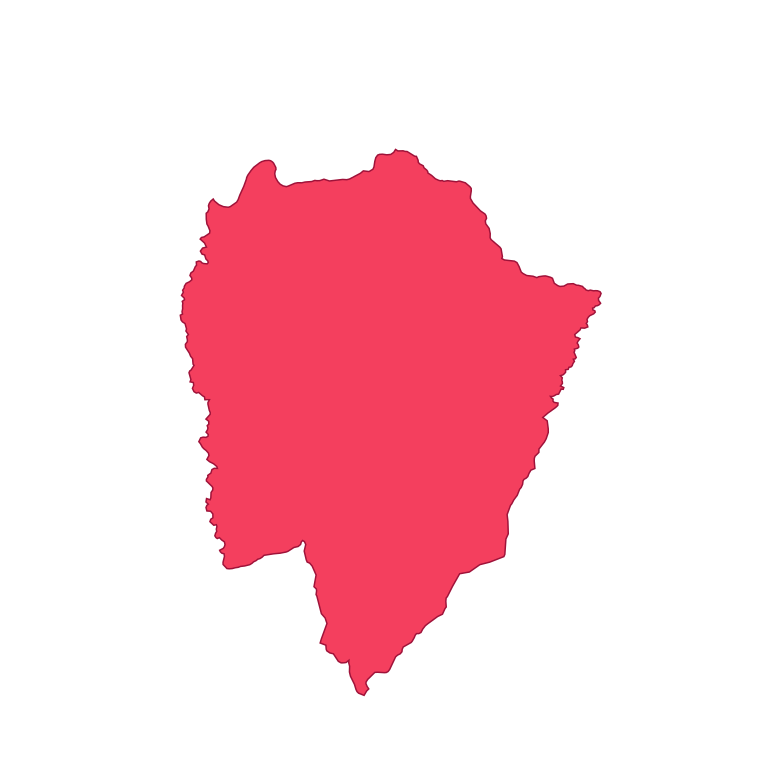 outline of Paranaíba, Mato Grosso do Sul, Brazil, rotated 238°
{"feature_id": "56859067B8941554822277", "entity_name": "Paranaíba", "entity_type": "district", "adm_level": 2, "iso_a3": "BRA", "parent_name": "Brazil", "parent_adm1": "Mato Grosso do Sul", "projection": "albers", "projection_center": [-51.392, -19.551], "detail": "fine", "context": "isolated", "style": "filled", "palette": "rose", "viewbox_px": 768, "rotation_deg": 238, "n_neighbors": 0, "source": "geoboundaries", "source_scale": "gbopen_adm2", "svg_char_len": 6171}
<svg xmlns="http://www.w3.org/2000/svg" viewBox="0 0 768 768"><g transform="rotate(238 384 384)"><path d="M631.4,337.2L630.9,333.9L629.7,331.4L628.2,329.6L625.2,328.4L623.3,325.7L623.0,323.7L617.9,320.6L613.5,318.6L611.1,318.5L606.2,317.6L604.3,316.0L604.1,309.4L605.0,306.8L604.3,304.9L598.7,306.5L594.2,306.0L595.4,302.2L594.0,298.7L590.6,298.5L588.5,300.3L584.4,299.2L581.7,299.8L580.1,299.3L579.6,297.7L581.8,294.8L583.4,293.7L585.1,293.5L586.4,292.2L587.0,289.5L584.0,287.9L583.6,286.3L580.8,282.2L580.5,279.0L578.8,276.9L575.8,277.1L574.2,276.2L573.8,273.3L574.2,269.5L572.7,266.5L571.3,265.4L570.2,262.9L568.2,262.5L566.4,259.2L562.7,260.1L561.2,259.5L561.0,256.7L559.1,256.2L557.4,254.8L554.5,253.1L552.3,251.0L550.1,250.2L550.3,247.7L545.8,245.8L543.5,246.0L540.7,247.3L535.3,245.7L533.9,244.1L529.6,244.3L528.8,241.8L525.5,240.6L524.1,239.6L522.9,236.6L520.4,235.2L513.3,235.3L510.0,234.7L506.9,235.1L502.0,232.6L500.5,232.8L498.1,227.8L498.0,226.1L496.9,224.6L490.1,222.6L488.6,220.7L486.3,223.1L483.7,221.9L481.8,219.2L478.2,218.8L475.8,220.0L475.0,222.4L470.1,223.9L468.2,224.9L465.6,223.8L463.2,227.7L461.6,224.9L460.2,224.0L454.3,221.9L451.8,221.5L450.4,220.5L448.6,214.4L445.3,215.6L442.8,214.1L442.4,212.0L440.0,211.4L438.6,209.9L437.5,207.6L434.3,208.2L433.0,207.1L433.0,204.9L434.8,202.4L435.5,200.0L433.2,196.4L430.7,196.7L426.7,196.5L424.6,196.9L421.9,197.9L418.4,198.5L416.1,197.6L413.9,193.8L410.5,194.9L406.7,197.2L402.6,198.5L400.7,198.0L402.5,195.3L402.6,192.7L400.2,190.0L399.9,186.1L398.5,185.5L397.3,182.9L395.9,182.0L388.2,183.9L386.5,183.8L384.8,182.5L383.7,179.9L379.2,176.8L378.0,175.2L380.9,172.8L378.3,170.5L375.2,171.3L374.9,169.4L373.6,167.6L370.2,166.5L368.0,169.5L364.5,170.0L361.2,168.0L361.1,165.4L359.5,163.4L354.4,164.8L353.5,167.3L351.7,166.8L349.8,164.9L347.6,164.0L346.7,162.1L344.9,160.1L342.9,160.1L341.3,160.7L340.9,163.0L337.7,163.7L334.7,165.0L332.1,164.1L330.6,162.4L329.8,160.6L330.1,156.5L328.5,156.3L326.5,156.8L324.7,158.4L322.3,157.3L318.1,153.0L316.2,151.9L310.7,153.0L309.3,154.8L307.9,157.5L307.0,160.5L305.8,163.2L305.3,165.7L303.5,169.5L301.9,174.4L301.9,177.1L302.3,179.2L302.0,181.9L302.3,184.1L301.7,186.2L301.7,188.7L302.3,191.5L298.5,200.4L295.5,206.4L293.4,211.9L293.0,213.9L293.1,221.0L291.7,225.1L292.1,228.2L293.9,230.2L294.4,232.1L292.5,233.0L289.4,232.6L284.6,227.8L276.1,224.9L273.7,224.5L271.4,226.1L267.6,226.6L258.0,225.2L249.2,217.2L246.1,218.0L244.4,217.3L241.4,214.8L239.8,214.7L222.4,209.2L216.8,210.1L211.1,208.7L201.0,195.8L198.2,192.6L193.3,196.3L189.6,194.4L188.0,194.1L184.6,195.6L182.0,198.1L173.0,198.3L170.3,199.8L168.9,202.1L167.9,204.3L168.3,207.8L166.4,206.4L162.9,205.3L158.1,202.1L153.9,200.7L145.0,199.8L139.9,198.4L137.5,198.1L135.3,198.6L130.5,202.1L132.9,206.7L133.5,209.5L136.4,209.4L139.5,209.9L140.8,210.9L142.1,213.6L144.3,223.4L142.9,225.9L138.9,231.5L138.1,233.1L138.0,235.1L138.9,237.5L146.5,249.3L146.9,251.8L146.6,254.8L147.4,257.3L149.4,258.9L150.8,261.0L150.4,270.1L151.0,271.8L152.9,275.3L154.4,277.3L155.1,279.3L153.9,281.2L153.7,283.7L155.6,286.9L157.1,290.9L157.5,294.0L158.4,306.3L157.8,311.6L161.2,316.7L161.9,318.6L167.0,321.3L169.6,323.3L170.1,325.0L176.1,334.9L183.0,347.6L179.3,356.8L180.0,369.6L176.9,379.3L174.1,394.2L175.5,396.2L187.9,405.2L191.1,410.0L201.9,416.3L208.0,419.2L214.0,426.9L214.7,428.9L216.9,432.6L219.0,438.0L222.9,443.3L223.5,445.4L224.5,446.9L225.5,448.4L228.2,450.6L229.0,452.3L228.8,454.5L229.3,456.9L231.3,459.5L233.1,462.9L232.4,467.2L239.1,470.6L241.3,472.1L242.7,473.8L243.9,479.1L246.7,480.9L249.8,489.3L251.6,492.5L255.8,497.6L258.9,499.5L266.3,502.9L271.5,500.9L272.5,507.6L273.1,517.0L273.7,520.0L275.6,521.5L278.2,518.6L279.9,518.2L281.6,519.4L283.2,518.6L285.3,518.6L284.2,520.1L283.8,522.2L283.8,524.5L282.9,526.7L285.8,531.5L284.5,533.2L285.7,534.6L288.8,532.6L289.9,535.6L291.6,536.5L293.0,536.8L294.8,538.5L297.6,538.0L296.9,540.5L297.2,542.6L297.8,544.3L299.9,545.5L298.8,548.0L300.2,549.7L299.4,551.5L299.8,553.3L301.2,555.0L302.3,557.5L304.7,557.7L304.0,559.4L304.6,561.1L310.3,562.0L311.1,563.4L312.7,563.9L311.7,567.2L312.1,568.8L314.2,569.5L316.4,569.5L317.4,571.0L318.5,574.2L320.7,572.9L322.4,571.2L324.9,572.0L326.0,579.0L327.2,580.7L325.0,583.8L324.4,587.1L326.2,587.7L328.2,587.6L329.0,589.6L331.2,590.4L332.3,592.4L332.9,594.6L332.4,599.0L333.0,601.2L334.4,601.6L336.2,600.4L337.8,601.1L337.4,602.6L338.1,604.6L337.3,606.7L337.2,608.7L337.7,610.5L341.2,610.3L343.2,611.4L343.8,613.5L345.8,616.1L347.8,616.1L349.9,614.5L351.1,612.8L351.9,611.2L354.3,608.7L354.9,606.7L356.6,605.2L358.4,604.9L360.0,604.2L361.5,604.1L364.6,601.3L365.7,599.7L368.8,597.7L371.5,592.7L371.7,588.4L373.5,584.9L375.3,583.5L379.2,581.8L384.4,582.9L386.1,581.9L388.9,579.4L390.1,578.2L391.2,576.2L393.0,572.1L393.2,570.0L396.4,567.5L400.4,562.5L404.1,560.4L406.2,559.7L412.1,560.8L416.5,561.1L419.1,559.7L425.4,551.8L428.0,550.4L429.2,551.9L436.5,554.9L438.5,554.8L449.8,551.3L451.8,551.5L455.3,553.8L460.3,555.6L466.0,555.2L468.7,556.4L470.2,558.8L472.7,559.7L474.7,559.7L479.8,557.5L490.3,555.4L495.5,555.6L497.2,556.6L501.5,560.3L503.7,561.6L505.9,561.4L511.5,559.6L515.3,556.3L516.4,555.1L517.1,552.6L522.7,545.7L524.2,542.1L525.7,541.2L526.4,539.6L527.6,538.4L530.8,536.3L535.7,534.9L539.6,533.1L541.2,533.7L542.8,533.6L546.1,532.5L548.3,532.9L551.9,530.8L553.9,530.6L555.7,531.5L559.9,532.1L560.8,530.8L568.9,526.8L570.1,525.1L571.6,523.8L574.3,519.3L576.8,518.1L575.3,515.0L575.1,511.4L576.9,507.8L579.7,504.5L581.1,501.9L581.5,499.9L580.3,497.0L577.8,494.3L573.4,490.5L572.0,488.4L572.1,483.9L575.7,479.4L575.2,475.6L576.1,463.3L577.0,460.7L579.4,457.3L585.1,445.3L589.5,441.6L590.5,437.3L591.9,434.9L593.3,433.2L594.0,430.0L597.1,424.1L598.2,420.9L600.4,417.5L601.5,414.7L602.6,407.6L603.1,405.8L605.5,403.4L608.5,401.8L611.9,401.2L616.6,401.4L620.1,402.7L622.3,404.6L623.2,406.1L625.0,407.0L629.7,407.4L631.4,407.1L633.4,406.2L634.7,404.9L636.5,401.5L637.4,398.2L637.5,395.8L636.8,388.4L635.5,384.4L633.3,379.2L631.9,377.0L630.6,375.8L625.9,369.8L620.6,361.8L617.7,358.1L616.3,355.4L615.9,347.6L616.4,345.6L619.5,341.8L623.5,339.0L629.0,337.2L631.4,337.2Z" fill="#f43f5e" stroke="#9f1239" stroke-width="1.5"/></g></svg>